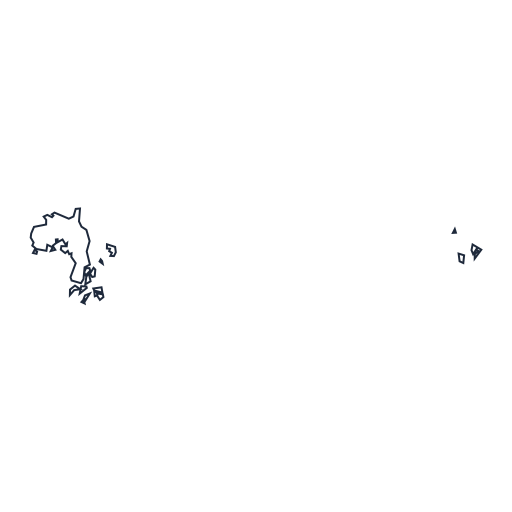 the district of Bintan, Kepulauan Riau, Indonesia
{"feature_id": "22746128B62804497316712", "entity_name": "Bintan", "entity_type": "district", "adm_level": 2, "iso_a3": "IDN", "parent_name": "Indonesia", "parent_adm1": "Kepulauan Riau", "projection": "equal_earth", "projection_center": [105.325, 0.913], "detail": "medium", "context": "isolated", "style": "outline", "palette": "slate", "viewbox_px": 512, "rotation_deg": 0, "n_neighbors": 0, "source": "geoboundaries", "source_scale": "gbopen_adm2", "svg_char_len": 1833}
<svg xmlns="http://www.w3.org/2000/svg" viewBox="0 0 512 512"><path d="M70.5,277.2L71.6,280.5L81.0,283.2L83.5,279.1L84.6,267.3L89.9,264.6L86.7,251.4L89.6,241.1L86.4,229.9L81.5,226.7L79.0,221.4L80.0,208.5L75.7,208.9L73.5,216.5L68.8,218.7L54.5,212.6L51.9,214.3L53.4,215.7L52.0,217.2L47.3,214.9L43.7,216.6L46.2,219.9L46.1,224.5L34.0,226.9L31.2,233.5L30.7,237.6L33.6,242.5L32.3,245.6L36.4,249.0L46.4,250.8L47.3,244.8L52.6,247.3L52.9,245.6L56.1,243.1L55.9,239.5L57.6,239.3L57.7,242.2L62.5,239.5L65.5,244.4L67.1,243.0L66.7,246.3L61.4,246.1L60.8,249.6L65.2,253.1L67.8,250.9L69.2,254.2L71.5,253.3L71.3,256.9L75.7,263.2L70.5,277.2ZM472.6,244.5L471.5,250.2L473.1,254.1L477.3,247.8L476.4,249.9L478.2,250.9L474.7,254.4L474.7,258.6L481.3,249.7L472.6,244.5ZM107.0,244.3L106.9,248.5L110.0,248.8L109.2,251.2L111.9,252.8L110.4,255.9L113.9,256.1L115.8,252.3L115.1,246.9L107.0,244.3ZM101.5,287.3L93.3,288.5L94.2,290.5L102.4,292.6L101.5,287.3ZM458.6,253.6L459.6,261.3L463.3,263.0L464.1,255.3L458.6,253.6ZM75.0,285.6L70.0,289.6L69.9,295.1L74.2,290.1L80.3,289.2L75.0,285.6ZM88.7,273.1L86.3,276.8L85.3,284.3L90.6,281.3L88.7,273.1ZM93.6,267.8L90.0,273.6L92.2,277.0L94.7,276.4L95.3,269.6L93.6,267.8ZM81.2,286.2L79.7,293.6L86.8,287.9L86.4,286.5L81.2,286.2ZM102.9,294.4L97.1,293.4L97.4,294.8L97.1,295.6L99.9,299.9L103.4,297.1L102.9,294.4ZM86.1,268.1L84.2,272.2L85.7,275.4L90.2,270.7L89.4,268.1L86.1,268.1ZM89.8,293.5L85.0,295.4L83.6,299.1L84.7,299.0L85.4,300.5L89.8,293.5ZM94.3,291.7L94.8,296.3L97.0,295.5L97.3,295.0L97.0,293.6L97.3,292.3L94.3,291.7ZM34.6,249.9L33.0,253.0L36.5,253.8L37.1,251.6L34.6,249.9ZM55.3,249.8L53.1,246.5L50.8,251.0L55.3,249.8ZM84.6,303.5L83.7,299.5L81.5,302.0L84.6,303.5ZM455.9,232.7L454.8,229.1L452.9,232.9L455.9,232.7ZM100.7,259.4L99.6,261.5L102.7,263.8L102.1,261.1L100.7,259.4Z" fill="none" stroke="#1e293b" stroke-width="2"/></svg>